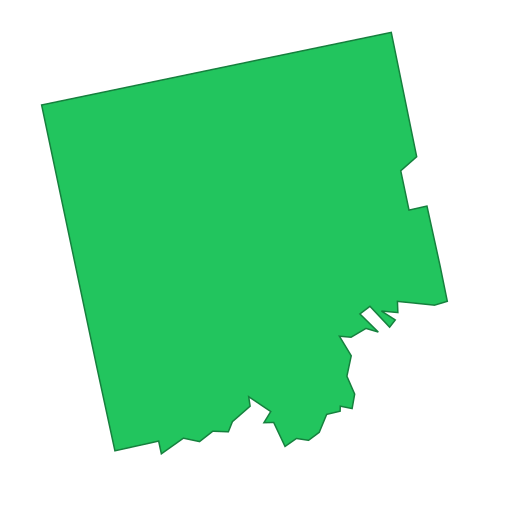 the district of Caldwell, Louisiana, United States of America, rotated 78°
{"feature_id": "52423323B84817986944382", "entity_name": "Caldwell", "entity_type": "district", "adm_level": 2, "iso_a3": "USA", "parent_name": "United States of America", "parent_adm1": "Louisiana", "projection": "orthographic", "projection_center": [-91.986, 32.102], "detail": "fine", "context": "isolated", "style": "filled", "palette": "green", "viewbox_px": 512, "rotation_deg": 78, "n_neighbors": 0, "source": "geoboundaries", "source_scale": "gbopen_adm2", "svg_char_len": 722}
<svg xmlns="http://www.w3.org/2000/svg" viewBox="0 0 512 512"><g transform="rotate(78 256 256)"><path d="M64.7,211.1L63.7,434.3L329.7,434.8L417.2,434.5L416.8,389.7L429.8,389.7L419.1,364.9L425.8,349.8L418.4,334.7L422.2,319.6L413.1,313.5L401.7,293.0L392.1,292.4L411.2,273.9L420.7,282.9L422.5,273.3L448.3,267.2L442.9,254.4L447.2,242.9L441.6,230.8L425.6,219.8L425.3,206.0L420.4,204.8L425.2,193.7L411.6,188.2L392.5,192.1L373.4,183.6L351.8,191.1L355.2,179.9L349.7,163.5L355.8,152.2L334.3,166.4L328.9,155.0L353.4,140.1L347.5,133.1L335.9,144.8L340.8,129.0L329.8,127.1L341.2,91.6L340.1,78.3L304.8,78.0L242.7,78.4L242.9,96.8L202.7,96.7L192.3,78.2L65.4,77.2L64.7,211.1Z" fill="#22c55e" stroke="#15803d" stroke-width="1.5"/></g></svg>